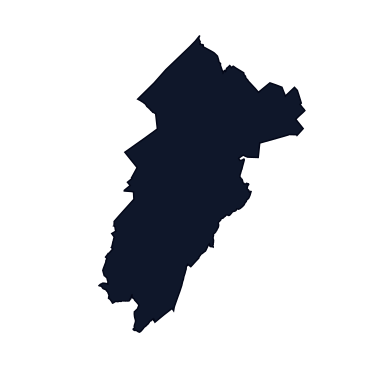 the district of San Salvador el Seco, Puebla, Mexico, rotated 20°
{"feature_id": "50627088B87389921667442", "entity_name": "San Salvador el Seco", "entity_type": "district", "adm_level": 2, "iso_a3": "MEX", "parent_name": "Mexico", "parent_adm1": "Puebla", "projection": "equal_earth", "projection_center": [-97.611, 19.143], "detail": "fine", "context": "isolated", "style": "filled", "palette": "ink", "viewbox_px": 384, "rotation_deg": 20, "n_neighbors": 0, "source": "geoboundaries", "source_scale": "gbopen_adm2", "svg_char_len": 5996}
<svg xmlns="http://www.w3.org/2000/svg" viewBox="0 0 384 384"><g transform="rotate(20 192 192)"><path d="M247.2,179.0L247.4,178.3L247.6,175.2L247.3,170.7L247.2,171.1L247.2,171.3L246.7,172.0L246.7,172.3L246.0,172.4L245.3,171.9L245.0,171.2L242.9,170.2L242.4,169.6L242.5,169.0L242.2,167.8L242.4,166.4L242.7,165.8L242.6,165.3L242.1,165.0L241.1,165.2L240.4,165.1L240.2,165.3L239.9,165.9L239.4,166.3L238.2,166.7L237.9,166.1L237.2,166.0L236.3,165.6L236.1,164.8L235.8,164.4L234.7,163.0L233.9,162.9L233.0,162.1L232.3,161.9L232.1,161.8L232.0,161.6L231.6,160.6L231.5,160.2L231.2,159.6L231.2,158.9L231.3,158.2L231.2,157.8L230.9,153.6L231.1,153.3L230.9,152.5L230.9,151.9L230.8,151.7L230.2,144.4L230.0,143.7L229.8,143.5L229.7,143.3L229.3,143.4L229.1,143.7L228.9,143.9L228.7,144.3L228.4,144.7L227.6,145.3L226.1,146.0L224.3,144.5L225.6,142.4L227.5,139.8L229.7,140.1L232.3,140.2L242.4,136.9L239.3,124.5L238.9,122.8L259.2,108.2L263.1,105.3L263.2,104.9L270.7,102.4L271.3,102.9L274.8,94.4L264.6,88.2L266.3,84.5L268.8,79.8L270.2,76.9L268.8,75.9L266.9,74.9L263.5,72.7L264.3,71.1L259.0,64.1L256.2,60.5L252.5,58.6L246.9,70.0L246.3,69.1L244.0,66.6L240.7,62.8L234.3,62.7L227.9,62.8L220.3,75.6L215.6,72.9L215.3,72.8L208.3,69.2L207.3,68.8L206.0,67.7L203.9,66.7L202.9,65.5L202.7,65.0L200.4,63.7L200.3,63.4L200.1,62.6L199.8,62.3L195.9,61.5L190.8,60.5L187.9,59.7L187.7,59.7L186.5,61.8L185.8,61.1L184.2,60.3L183.0,62.8L182.4,63.6L182.3,64.1L182.3,64.6L182.2,65.1L182.3,65.7L182.2,66.2L182.4,66.8L182.2,67.3L181.1,66.7L180.8,67.0L180.4,69.4L175.2,63.0L175.0,61.7L172.2,60.1L172.2,59.4L170.7,57.3L169.4,55.6L165.5,53.8L163.9,53.4L152.9,51.7L152.3,50.0L151.7,49.8L151.3,50.3L150.6,50.1L149.7,50.4L149.1,50.4L149.0,49.6L148.1,48.8L148.3,48.0L147.3,47.1L146.6,46.4L146.3,46.0L145.9,45.2L145.8,44.7L145.7,44.1L145.8,42.3L143.5,49.1L140.4,56.0L125.6,86.0L119.1,102.5L109.2,123.3L112.2,123.7L113.3,124.0L115.9,124.5L116.6,124.9L117.0,124.9L117.7,125.1L119.4,126.2L120.3,127.0L122.8,127.9L123.4,128.3L124.2,128.5L125.2,129.2L126.3,129.6L128.0,130.5L128.9,130.4L129.9,130.6L130.7,130.8L131.0,130.7L133.4,135.5L137.9,144.6L129.3,157.4L115.3,177.6L132.1,187.8L130.5,198.3L130.3,199.4L131.0,199.9L128.0,204.9L131.7,207.0L127.8,213.6L128.0,214.2L134.7,212.3L137.0,211.9L139.9,218.7L131.8,238.8L128.9,246.3L129.4,247.5L129.8,248.0L129.6,248.2L129.9,248.8L129.9,249.4L130.2,249.8L130.2,250.2L130.5,250.5L130.4,250.6L130.5,250.6L130.9,250.8L131.4,251.1L131.6,251.2L132.7,253.3L132.9,253.3L133.1,253.9L133.5,254.6L133.8,254.9L130.8,258.5L134.6,261.1L134.3,261.9L134.5,262.7L134.5,263.3L134.8,265.0L134.7,265.6L135.2,268.9L135.2,269.6L135.7,269.8L135.1,271.7L137.0,272.6L136.8,273.2L135.1,277.5L134.8,277.9L134.5,278.8L134.2,278.7L133.7,280.6L133.1,282.4L133.0,282.7L135.0,283.7L134.7,284.8L134.6,286.1L134.8,286.7L135.0,287.3L134.9,294.0L135.0,296.2L138.1,300.6L138.4,300.7L139.2,300.8L140.1,301.3L140.7,301.4L141.7,302.1L142.3,303.1L142.5,303.5L143.6,304.8L143.8,305.5L144.1,306.5L144.4,307.3L143.5,307.2L142.8,307.4L142.2,307.4L140.9,307.8L140.4,307.7L140.0,308.1L139.3,308.2L138.8,308.7L138.4,309.4L137.6,309.9L137.0,311.0L136.6,311.8L136.8,311.9L138.4,311.6L139.5,311.8L140.1,312.2L140.5,312.6L141.4,313.1L142.0,313.2L144.5,313.3L145.7,314.2L146.5,314.4L146.8,314.6L149.4,317.5L149.6,318.9L149.9,320.4L151.8,320.9L154.2,322.6L155.3,323.6L155.5,323.5L156.2,322.8L157.0,321.6L157.6,321.1L158.0,320.8L159.9,320.4L160.2,320.2L160.3,320.0L160.8,319.7L161.1,319.6L161.4,319.3L162.4,319.2L163.0,318.9L163.4,318.3L164.0,318.0L164.8,317.8L165.1,317.7L165.3,317.5L166.5,317.3L167.8,316.7L168.9,316.4L169.1,316.2L169.8,316.0L170.1,315.8L170.4,315.1L170.2,314.0L170.9,313.6L171.0,312.4L170.8,311.3L170.7,309.1L170.5,308.5L171.1,309.3L171.1,309.7L171.5,310.7L172.7,311.9L173.9,312.1L174.2,312.3L175.1,313.2L177.7,314.5L179.2,315.4L179.6,315.6L180.6,316.3L180.8,316.8L180.7,320.5L180.5,321.0L179.9,322.1L179.2,323.6L178.8,324.3L179.0,324.7L179.1,325.2L179.5,326.4L180.5,328.5L181.2,329.7L182.2,331.0L182.4,331.4L183.1,332.4L183.4,334.7L183.4,336.1L183.6,337.9L183.9,338.5L184.6,339.2L183.6,340.9L183.8,341.3L184.6,341.6L185.3,341.7L185.8,341.6L186.1,341.3L187.5,341.2L188.9,341.6L190.0,341.7L190.3,341.5L190.6,341.6L190.8,341.2L191.2,341.0L191.4,340.7L192.2,338.8L192.7,337.4L193.0,336.7L193.1,335.8L194.6,333.5L195.3,331.9L196.1,330.5L196.1,329.7L196.4,329.1L196.4,328.3L196.9,327.5L197.6,326.9L197.8,326.0L198.4,325.2L198.8,324.5L199.6,325.6L200.0,324.9L200.8,326.1L201.7,327.0L207.6,317.0L213.1,308.2L215.3,309.8L214.7,306.5L214.6,304.9L214.5,296.0L214.5,293.0L214.5,289.4L214.3,283.3L213.8,279.4L213.8,277.3L213.3,274.3L213.2,270.9L212.9,268.2L212.9,266.7L212.1,263.9L213.1,262.0L212.1,261.0L213.4,261.6L216.4,262.6L217.9,259.1L218.2,258.2L218.4,257.8L219.3,255.6L220.2,253.5L220.4,253.1L221.0,251.6L220.8,250.9L221.1,249.5L221.4,248.7L221.7,247.4L221.9,247.2L222.1,246.8L222.6,246.3L224.2,243.7L224.8,242.9L225.0,241.7L225.4,237.0L225.6,235.9L226.1,234.7L226.3,234.9L226.5,235.5L227.0,236.3L227.2,236.6L227.6,236.9L228.4,236.9L229.8,236.4L230.7,236.5L230.5,235.8L230.1,235.6L229.9,235.3L229.8,234.9L229.9,234.1L229.4,232.8L229.4,232.1L229.2,231.4L228.8,230.3L228.8,230.0L228.3,229.3L227.6,228.3L227.3,227.4L227.1,225.6L226.6,224.5L226.6,224.0L227.6,222.3L227.7,221.8L227.9,221.4L227.9,220.8L228.3,219.7L228.3,219.1L228.3,218.7L228.5,217.7L228.7,216.2L228.6,215.1L228.4,214.2L228.2,213.6L227.6,212.7L227.3,212.1L227.3,211.8L227.3,211.3L227.6,210.4L227.8,210.1L228.4,208.9L228.5,208.5L228.5,207.5L228.8,206.8L229.8,206.1L230.2,205.7L230.5,205.0L230.8,204.3L231.6,203.2L231.7,202.7L232.1,201.9L232.8,201.3L233.5,201.4L233.8,201.6L234.2,201.6L235.0,201.2L235.6,200.3L236.4,198.0L236.7,197.0L237.0,196.5L238.5,195.5L239.4,194.7L239.7,194.0L239.9,193.0L240.2,192.3L240.5,192.2L241.7,192.2L242.1,191.8L242.8,191.1L243.2,190.5L243.9,189.2L244.4,188.5L245.1,186.7L245.3,186.4L245.5,184.4L245.6,183.8L246.0,182.8L246.1,182.7L246.2,182.4L246.1,181.4L246.3,180.4L246.5,180.1L247.0,179.2L247.2,179.0Z" fill="#0f172a" stroke="#020617" stroke-width="1.5"/></g></svg>